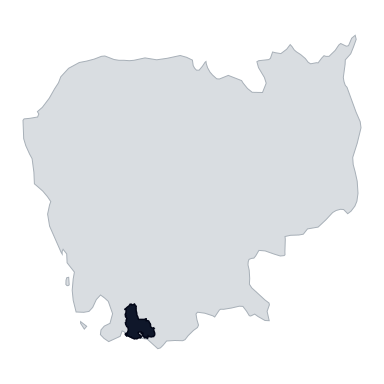 Tuek Chhou, Kâmpôt, Cambodia shown in context
{"feature_id": "14789045B84051189014149", "entity_name": "Tuek Chhou", "entity_type": "district", "adm_level": 2, "iso_a3": "KHM", "parent_name": "Cambodia", "parent_adm1": "Kâmpôt", "projection": "robinson", "projection_center": [104.095, 10.787], "detail": "fine", "context": "in_parent", "style": "filled", "palette": "ink", "viewbox_px": 384, "rotation_deg": 0, "n_neighbors": 0, "source": "geoboundaries", "source_scale": "gbopen_adm2", "svg_char_len": 7236}
<svg xmlns="http://www.w3.org/2000/svg" viewBox="0 0 384 384"><path d="M355.2,35.3L356.2,39.3L353.5,46.9L350.7,53.8L345.3,59.9L345.1,64.3L343.3,77.5L344.0,81.7L345.3,85.4L347.0,87.3L351.7,100.2L356.0,112.0L360.2,121.7L361.0,127.8L357.2,143.3L352.7,157.5L353.2,164.6L355.1,171.7L357.2,181.2L358.0,193.3L356.9,201.2L354.9,206.1L351.0,211.2L347.7,213.7L343.6,209.5L340.4,209.3L336.1,210.5L332.7,212.5L325.8,219.9L318.1,227.1L307.5,228.9L303.3,234.2L298.9,235.0L290.5,235.3L285.0,236.5L285.3,239.2L284.9,251.8L285.0,254.8L284.1,255.6L280.3,256.0L273.9,254.0L265.1,250.9L258.9,250.4L255.7,255.9L253.9,258.1L251.5,258.4L249.0,259.4L248.2,261.8L248.0,264.9L249.2,270.2L249.7,278.5L249.4,284.2L251.7,287.8L265.0,300.0L269.0,303.0L269.4,304.8L267.1,311.4L269.2,320.7L265.0,320.5L258.0,316.5L254.7,314.1L250.7,316.0L249.3,315.7L246.5,311.1L242.9,306.4L239.3,306.2L231.5,308.0L223.6,309.3L220.6,309.2L219.3,310.1L214.7,317.0L212.8,315.8L204.8,313.2L197.5,312.2L196.0,314.0L196.9,319.6L198.5,325.1L197.5,327.5L193.5,330.4L188.2,335.6L185.0,339.7L182.7,340.7L174.7,340.5L166.6,341.0L163.4,344.9L160.4,347.9L157.8,348.7L147.3,339.2L126.4,335.9L124.1,331.7L122.1,330.9L120.2,336.3L108.7,341.6L104.0,338.4L100.4,334.6L101.0,329.9L104.3,326.1L110.0,323.3L112.6,313.7L108.3,301.4L104.5,297.9L100.5,295.0L96.3,299.6L92.7,307.4L89.0,311.4L83.8,312.3L76.1,312.0L73.2,300.3L72.2,290.3L73.2,278.9L74.4,272.1L67.1,262.8L66.7,253.9L63.1,249.3L62.1,251.6L62.2,254.1L61.1,252.3L49.6,226.2L47.6,214.1L49.6,204.8L50.8,201.6L47.5,196.7L42.8,191.1L34.4,183.8L33.9,172.3L32.1,158.7L29.6,154.1L25.8,145.7L23.7,138.7L23.0,120.3L24.1,118.9L30.0,118.3L37.6,117.0L38.8,114.0L37.4,111.6L42.3,107.4L49.2,98.3L54.6,88.8L58.5,82.8L60.8,76.8L68.6,68.3L79.3,62.5L86.6,61.1L94.2,59.1L101.5,56.3L104.9,56.0L114.0,59.5L118.9,60.3L124.0,60.3L129.3,60.7L133.9,60.3L145.0,57.9L156.7,59.8L167.2,58.3L180.2,55.5L186.6,57.3L192.4,60.1L193.2,65.6L194.6,68.2L196.5,70.2L199.1,70.2L202.4,66.3L205.1,62.2L206.0,61.5L206.2,63.5L207.6,67.8L210.0,72.1L212.5,75.0L216.7,78.8L219.4,79.0L228.3,75.4L241.6,80.6L243.2,83.2L247.5,88.5L252.2,92.3L262.5,92.5L266.2,83.2L264.4,77.5L258.5,67.6L256.9,61.7L258.7,60.7L268.7,59.6L270.4,58.4L272.6,52.0L275.3,52.7L280.9,53.6L286.7,49.2L290.2,44.6L292.1,46.7L294.2,49.9L296.4,51.8L300.7,54.6L305.3,58.5L308.2,62.3L310.6,63.8L316.5,62.7L318.1,62.9L321.6,58.2L324.0,55.7L326.0,56.4L329.0,56.4L335.2,50.4L338.8,45.0L340.7,43.5L346.3,46.2L348.5,45.7L351.7,38.2L355.2,35.3ZM69.2,284.9L68.1,285.6L67.0,285.6L65.9,284.5L66.0,280.3L66.8,277.7L68.7,277.3L69.2,284.9ZM86.7,326.3L84.3,329.1L80.6,323.3L80.6,321.6L86.7,326.3Z" fill="#d9dde1" stroke="#a8b0b8" stroke-width="1"/><path d="M134.9,303.7L134.7,303.8L134.2,304.1L133.9,304.3L133.7,304.5L133.4,304.7L133.0,304.8L132.2,304.9L131.8,305.0L131.7,304.9L131.6,304.3L131.5,304.2L131.4,304.2L131.0,304.3L130.4,304.3L130.2,304.2L130.0,304.5L129.2,305.6L128.7,306.2L128.2,306.5L127.9,306.7L127.6,306.9L126.9,307.5L126.5,307.8L126.3,308.1L126.1,308.4L125.9,308.5L125.3,308.8L125.1,308.9L125.0,309.1L125.2,309.3L125.3,309.5L125.2,309.6L125.4,309.7L125.5,309.7L125.8,309.7L126.0,309.8L126.1,310.0L126.2,310.9L126.3,311.2L126.0,311.6L126.2,312.3L126.1,312.9L126.1,313.0L125.9,313.1L125.7,313.1L125.5,313.6L125.5,314.0L125.2,314.7L125.2,314.9L125.4,315.1L125.8,315.3L126.1,315.6L126.0,315.8L125.7,315.9L125.5,316.0L125.5,316.5L125.7,317.0L126.2,317.4L126.4,317.6L126.6,318.0L126.9,318.7L126.8,318.9L126.7,319.0L126.5,319.4L126.4,319.6L126.3,319.9L126.2,320.1L126.1,320.4L126.2,320.8L126.3,321.0L126.2,321.8L126.1,322.0L125.5,322.5L125.4,322.6L125.4,322.8L125.6,323.3L125.6,324.0L125.7,324.3L126.3,325.5L126.4,325.8L126.7,326.3L126.9,326.7L127.5,326.9L127.7,327.0L128.0,327.8L128.1,328.2L128.1,328.9L128.3,329.4L128.4,329.8L128.2,330.2L128.2,330.6L127.9,331.2L127.8,331.6L127.6,332.0L127.6,332.3L127.4,332.8L127.4,333.0L127.1,333.2L127.0,333.3L127.0,333.2L126.9,333.4L126.9,333.5L126.7,333.5L126.8,333.6L126.7,333.7L126.7,333.8L126.6,333.7L126.5,333.4L126.4,333.4L126.3,333.6L126.2,333.3L125.9,333.5L126.0,333.6L126.0,333.8L125.7,333.9L125.5,334.0L125.3,334.4L125.4,334.6L125.6,334.9L125.8,335.0L126.0,335.3L126.3,335.6L126.6,335.8L126.8,335.9L127.0,335.7L127.0,335.8L127.2,335.7L127.6,335.8L127.8,335.8L128.0,335.9L128.1,336.0L128.6,336.2L128.9,336.2L129.0,336.3L129.5,336.6L129.8,336.8L130.0,337.0L130.3,337.1L130.7,337.2L130.9,337.2L131.1,337.1L131.1,337.3L131.4,337.6L131.7,337.8L131.9,337.7L132.1,337.8L132.4,338.0L132.5,338.1L132.8,338.2L133.1,338.3L133.3,338.3L133.5,338.6L133.8,338.6L134.1,338.7L134.3,338.6L134.5,338.6L134.7,338.8L134.8,338.7L135.0,338.7L135.4,338.7L135.5,338.7L135.9,338.6L136.1,338.7L136.4,338.8L136.5,338.8L136.8,338.8L137.0,338.8L137.2,338.7L137.6,338.3L138.0,338.1L138.3,337.9L138.4,338.0L138.6,338.0L138.6,337.9L138.9,337.7L139.0,337.6L139.3,337.6L139.5,337.5L139.8,337.6L140.1,337.8L140.3,337.9L140.5,337.6L141.0,337.4L141.2,337.0L141.4,336.6L141.5,336.4L141.4,336.4L141.2,336.2L140.7,335.9L140.2,335.8L140.0,335.7L139.7,335.4L139.9,335.1L139.4,334.8L138.8,334.2L138.5,333.7L138.1,332.6L138.3,332.4L139.3,332.0L140.0,331.9L140.3,332.0L140.6,331.8L140.9,331.8L141.0,331.9L141.3,332.0L141.2,332.3L141.2,333.2L141.2,333.4L141.3,333.6L141.6,333.3L142.0,332.9L142.4,332.8L142.7,332.8L142.8,332.9L142.7,333.5L142.7,333.8L142.9,333.9L143.1,334.0L143.0,334.3L142.7,334.6L142.5,335.4L142.5,335.5L142.9,335.6L143.2,336.2L143.4,336.3L143.6,336.4L143.7,336.5L143.8,336.9L144.1,337.1L144.3,337.1L144.5,337.2L144.8,337.3L145.1,337.3L145.3,337.3L145.7,337.3L146.0,337.1L146.3,337.2L146.3,337.3L146.5,337.4L146.8,338.0L147.0,338.2L147.2,338.3L147.5,338.6L147.4,338.4L147.5,338.4L147.4,337.9L147.5,337.9L147.8,337.6L147.9,337.4L147.8,336.8L148.1,335.6L148.4,335.8L149.0,336.4L149.2,336.6L149.4,336.6L149.6,336.6L149.8,336.7L150.1,336.7L150.5,336.7L150.6,336.8L151.0,336.9L151.3,336.8L151.5,336.9L152.0,336.8L152.2,336.6L152.4,336.5L152.6,336.5L153.6,336.5L153.7,336.1L153.8,335.8L153.8,335.7L154.1,335.6L154.3,335.6L154.4,335.4L154.5,335.3L154.6,335.1L154.7,334.8L154.7,334.6L154.7,334.3L154.7,333.7L154.7,333.4L154.7,333.1L154.7,332.9L154.4,332.6L154.3,332.3L154.3,332.0L154.3,331.9L154.1,331.8L153.9,331.5L154.0,331.4L153.9,331.2L154.0,331.0L153.8,330.5L153.7,330.3L153.7,329.9L153.6,329.6L153.6,329.2L153.6,328.8L153.6,328.7L153.9,328.7L154.1,328.6L153.8,328.3L153.8,328.1L153.7,327.8L152.9,328.1L152.6,328.1L152.4,328.1L151.7,327.7L151.3,327.4L151.1,327.2L150.6,326.5L150.4,326.1L150.4,325.9L150.6,325.3L150.5,324.5L150.4,324.2L150.2,323.6L150.0,323.4L149.8,323.2L149.7,323.0L149.4,322.7L149.3,322.3L148.9,321.5L148.6,321.0L148.1,320.8L147.5,320.7L147.0,320.6L146.6,320.7L146.2,320.7L146.2,318.8L145.7,318.8L145.3,319.0L145.4,319.4L138.5,319.4L137.7,316.6L137.5,316.2L137.3,316.0L137.2,315.8L137.0,315.2L136.8,314.8L136.7,314.6L136.8,314.1L136.7,313.9L136.7,313.7L136.8,313.0L136.5,312.6L136.4,311.5L136.3,311.4L136.2,311.2L136.2,310.6L136.0,309.8L136.0,309.7L136.1,309.3L136.2,308.9L136.1,308.7L136.0,308.3L136.0,308.0L136.2,306.2L135.5,305.9L135.1,305.3L135.1,305.1L134.9,304.6L134.8,304.3L134.7,303.9L134.9,303.7ZM144.9,337.5L144.8,337.4L144.6,337.3L144.4,337.3L144.6,337.6L144.7,337.8L144.8,337.8L144.7,337.5L144.8,337.5L145.0,337.7L144.9,337.5Z" fill="#0f172a" stroke="#020617" stroke-width="1.5"/></svg>